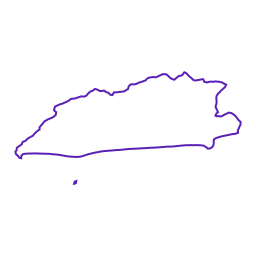 Maricá, Rio de Janeiro, Brazil (Mercator projection)
{"feature_id": "56859067B86617442862641", "entity_name": "Maricá", "entity_type": "district", "adm_level": 2, "iso_a3": "BRA", "parent_name": "Brazil", "parent_adm1": "Rio de Janeiro", "projection": "mercator", "projection_center": [-42.819, -22.929], "detail": "fine", "context": "isolated", "style": "outline", "palette": "violet", "viewbox_px": 256, "rotation_deg": 0, "n_neighbors": 0, "source": "geoboundaries", "source_scale": "gbopen_adm2", "svg_char_len": 2883}
<svg xmlns="http://www.w3.org/2000/svg" viewBox="0 0 256 256"><path d="M95.0,88.9L92.4,90.9L90.3,91.5L88.0,93.7L86.2,95.8L84.0,96.6L81.1,96.4L77.8,97.5L75.1,98.4L73.2,98.7L71.0,98.9L69.3,100.3L67.3,101.4L65.7,102.2L64.0,102.9L62.2,103.7L59.7,104.4L55.0,106.6L54.0,110.3L56.2,112.2L55.8,114.8L53.8,116.7L52.2,117.6L50.3,118.4L48.0,119.3L46.2,120.4L44.3,121.5L42.5,123.9L40.7,125.9L39.5,127.5L39.6,129.6L37.9,130.6L36.5,131.7L34.6,133.6L32.9,135.7L31.2,136.6L29.4,137.6L27.5,138.7L26.0,140.4L24.5,141.3L22.7,141.9L21.7,144.4L18.7,146.4L16.8,147.9L16.6,150.2L15.4,151.8L15.9,154.0L18.0,155.9L19.4,157.8L21.2,158.2L21.3,155.9L22.9,154.2L24.6,153.8L26.5,153.7L28.3,153.5L30.4,153.5L32.3,153.5L34.3,153.4L37.2,153.5L41.5,153.6L43.8,153.7L49.0,153.8L51.2,154.1L54.7,154.4L56.4,154.5L58.8,154.8L61.2,155.2L65.2,155.9L67.4,156.3L69.2,156.5L71.2,156.7L73.9,156.8L76.7,157.0L79.0,156.8L81.1,156.5L83.4,155.8L85.9,155.0L88.4,154.2L90.9,153.6L92.7,153.1L94.6,152.7L96.8,152.3L98.9,151.9L101.6,151.4L104.2,151.1L106.9,150.9L109.8,150.6L112.1,150.5L114.8,150.2L117.8,150.0L119.9,149.9L122.0,149.7L124.0,149.5L126.3,149.2L129.1,149.0L130.8,148.9L133.1,148.8L135.1,148.7L137.0,148.6L139.2,148.5L141.5,148.3L143.7,148.2L146.0,148.1L148.5,147.9L151.7,147.7L154.9,147.6L158.3,147.4L160.7,147.2L163.3,147.0L166.1,146.7L168.9,146.6L171.1,146.6L173.9,146.4L177.5,146.0L179.8,145.8L182.2,145.5L184.0,145.4L186.4,145.2L189.0,145.2L191.5,145.1L193.7,145.2L196.2,145.1L198.8,145.2L201.1,145.3L203.8,145.7L206.5,147.4L208.0,148.7L210.0,148.4L211.7,147.5L213.2,145.8L213.7,143.9L213.7,141.8L213.8,139.6L215.3,138.4L218.9,137.1L221.5,136.4L223.4,136.0L225.7,135.5L228.1,135.0L230.0,134.6L232.5,134.1L235.2,133.8L238.0,132.9L237.8,130.6L238.8,128.3L240.6,124.1L240.6,121.8L239.1,120.7L238.0,119.3L236.9,117.9L235.5,116.0L233.9,114.7L231.5,113.1L228.7,112.6L226.6,113.7L224.2,114.7L222.2,116.0L220.4,116.5L218.7,116.1L217.0,116.3L215.5,115.7L216.4,113.5L218.0,112.2L216.9,109.7L215.6,107.1L215.9,105.3L216.6,102.9L216.5,100.4L216.3,98.1L216.5,96.2L218.0,93.7L219.4,92.6L220.6,91.0L223.1,88.8L224.9,87.2L226.2,84.7L224.0,83.6L221.5,82.2L219.8,81.9L217.6,81.6L214.9,81.4L213.3,81.8L211.6,81.7L209.6,81.7L207.2,82.4L204.4,81.9L203.2,79.2L201.4,79.3L199.7,79.8L198.0,80.0L196.2,80.5L193.6,80.2L191.1,77.8L189.0,76.1L187.5,74.5L186.1,73.0L184.3,72.3L182.4,75.0L180.6,75.7L178.8,76.0L176.7,77.7L174.3,79.7L172.5,79.2L170.3,78.0L168.7,76.3L166.3,74.3L163.6,74.1L161.6,74.6L158.8,76.0L155.6,77.4L153.3,77.0L150.5,77.4L148.6,77.8L146.8,78.9L145.7,80.3L143.4,81.2L140.9,82.1L138.6,82.7L136.4,83.9L134.3,84.4L132.1,84.2L130.4,84.6L128.7,86.4L128.0,89.1L126.0,90.1L124.5,91.3L122.8,91.6L120.1,91.8L117.2,92.3L113.9,92.4L112.3,95.1L110.2,94.7L108.4,92.7L106.3,92.2L104.0,90.5L102.2,91.0L99.7,91.0L97.8,89.8L95.0,88.9ZM75.8,183.2L76.3,181.1L74.6,181.7L74.1,183.7L75.8,183.2Z" fill="none" stroke="#5b21b6" stroke-width="2"/></svg>